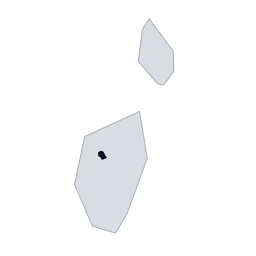 Malta, with Mtarfa highlighted, rotated 66°
{"feature_id": "MLT-5922", "entity_name": "Mtarfa", "entity_type": "state/province", "adm_level": 1, "iso_a3": "MLT", "parent_name": "Malta", "parent_adm1": "", "projection": "robinson", "projection_center": [14.404, 35.886], "detail": "fine", "context": "in_parent", "style": "filled", "palette": "ink", "viewbox_px": 256, "rotation_deg": 66, "n_neighbors": 0, "source": "natural_earth", "source_scale": "10m", "svg_char_len": 554}
<svg xmlns="http://www.w3.org/2000/svg" viewBox="0 0 256 256"><g transform="rotate(66 128 128)"><path d="M219.0,182.0L203.2,200.5L157.8,199.7L118.1,171.0L117.6,110.7L163.4,122.7L205.2,163.0L219.0,182.0ZM99.7,82.9L71.5,91.6L43.5,74.5L37.0,64.2L76.1,55.5L95.1,63.2L103.2,78.0L99.7,82.9Z" fill="#d9dde1" stroke="#a8b0b8" stroke-width="1"/><path d="M141.7,165.7L138.8,164.7L138.5,162.3L139.9,160.8L142.3,160.7L144.4,160.7L146.0,160.1L145.9,162.3L145.8,164.2L144.1,164.2L142.4,164.7L141.7,165.7Z" fill="#0f172a" stroke="#020617" stroke-width="1.5"/></g></svg>